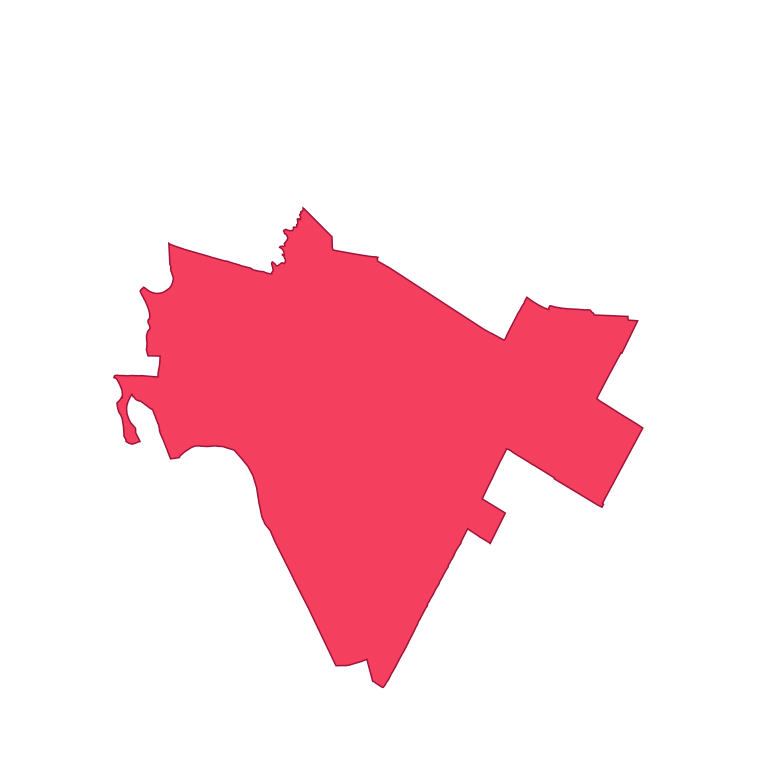 outline of Parscoveni, Olt, Romania, rotated 53°
{"feature_id": "2599482B95439392945311", "entity_name": "Parscoveni", "entity_type": "district", "adm_level": 2, "iso_a3": "ROU", "parent_name": "Romania", "parent_adm1": "Olt", "projection": "robinson", "projection_center": [24.206, 44.311], "detail": "fine", "context": "isolated", "style": "filled", "palette": "rose", "viewbox_px": 768, "rotation_deg": 53, "n_neighbors": 0, "source": "geoboundaries", "source_scale": "gbopen_adm2", "svg_char_len": 6170}
<svg xmlns="http://www.w3.org/2000/svg" viewBox="0 0 768 768"><g transform="rotate(53 384 384)"><path d="M613.6,284.1L612.2,281.0L610.9,281.4L607.6,274.6L574.9,203.8L568.3,206.1L550.1,213.3L532.0,220.0L528.2,221.6L523.6,222.8L513.2,201.0L501.7,176.0L502.6,175.6L486.2,143.4L484.1,145.7L480.0,150.5L477.8,149.3L476.9,148.5L469.3,157.7L466.0,161.6L458.3,171.1L455.4,174.6L453.9,174.2L453.1,174.3L451.5,174.8L450.9,174.9L449.5,174.7L449.1,174.9L448.5,175.4L447.8,176.1L445.9,178.7L441.5,183.7L434.3,192.3L430.7,196.1L425.6,201.0L423.3,202.7L421.5,204.2L421.4,204.7L421.7,205.4L422.6,206.6L423.6,207.6L421.4,209.1L419.7,210.2L413.6,213.2L407.3,215.7L400.7,217.7L401.2,218.7L401.5,219.6L402.7,222.0L403.6,223.2L405.4,228.0L407.0,231.2L407.7,233.2L408.0,234.1L408.3,234.8L409.3,236.6L412.8,244.0L416.7,252.1L418.7,256.0L421.0,260.2L421.2,261.6L418.6,263.0L409.4,267.1L407.5,268.2L405.3,269.2L399.7,271.6L294.8,309.6L283.0,314.7L281.8,315.0L281.4,314.9L279.6,313.6L279.2,312.6L278.4,313.2L273.8,318.3L264.2,327.6L252.8,338.2L246.4,344.0L244.0,343.2L236.8,338.1L234.7,336.8L234.4,337.1L196.3,342.3L194.7,342.7L195.2,343.1L195.7,343.1L196.5,344.4L196.6,345.7L196.4,346.6L196.7,347.2L197.8,347.5L197.9,347.8L197.8,348.9L197.9,349.2L198.3,349.6L198.9,349.8L200.5,350.0L201.2,351.1L202.0,351.3L202.2,351.7L202.2,352.2L201.8,352.4L201.2,352.5L200.1,353.5L200.1,353.8L200.3,354.2L200.8,354.5L201.4,354.4L202.1,355.1L203.2,355.7L204.2,356.7L204.2,357.8L204.3,358.0L205.5,358.6L205.8,358.9L205.9,359.2L205.8,360.2L204.7,361.1L204.5,361.4L204.4,361.8L204.5,362.1L204.6,362.4L205.3,362.7L206.0,363.4L206.3,364.1L206.3,365.0L206.1,365.2L205.5,365.7L205.1,366.8L202.5,368.8L201.6,369.2L201.4,369.4L201.2,370.1L201.1,371.5L201.2,372.0L201.4,372.1L202.4,372.2L203.5,372.7L204.0,372.8L204.5,372.8L205.4,372.3L206.8,372.2L208.9,372.7L209.9,373.2L210.1,373.4L210.2,374.2L210.6,374.4L210.7,374.7L211.4,377.4L211.9,379.2L213.5,379.7L214.0,380.5L214.0,380.9L213.8,381.3L212.6,382.3L212.0,383.6L211.8,384.1L211.9,385.1L212.6,385.0L214.0,384.2L214.5,384.1L216.8,384.2L217.6,384.3L219.6,385.1L220.9,385.9L221.1,386.2L220.8,386.7L219.5,387.0L219.3,387.2L219.7,387.5L220.5,387.5L221.3,387.0L221.7,387.0L223.5,387.6L225.6,388.0L226.6,388.8L227.6,390.4L227.7,391.2L227.6,391.5L226.2,392.0L225.8,392.7L225.6,393.4L225.7,396.7L225.5,398.0L224.8,398.7L224.2,398.9L222.4,398.8L220.8,399.3L219.5,399.5L219.4,400.2L219.9,401.0L220.4,401.4L225.2,403.4L226.4,404.1L226.7,404.5L227.1,405.3L227.5,406.8L228.4,407.3L227.8,408.4L224.5,411.1L221.4,412.9L219.9,414.8L218.7,416.0L215.5,418.6L214.7,419.5L213.8,419.9L211.6,420.6L210.9,421.0L204.9,425.9L203.8,426.9L202.2,427.7L193.8,433.9L192.1,434.8L190.0,437.0L187.3,439.1L178.6,445.8L177.7,446.3L157.0,461.9L148.5,467.7L145.8,469.4L144.3,470.4L142.2,471.2L159.6,483.0L160.4,483.2L161.7,483.4L164.0,485.3L165.4,486.1L166.8,486.4L171.3,488.0L173.1,488.8L175.8,491.9L177.3,494.3L177.6,495.1L178.2,497.0L178.3,497.8L178.3,502.0L177.7,506.1L176.6,508.4L174.9,511.0L173.9,512.1L172.5,513.3L170.6,514.6L168.5,515.7L163.0,517.3L162.1,517.7L162.1,518.0L162.2,519.0L162.5,521.3L162.6,521.8L163.0,522.7L163.7,523.1L167.5,523.8L170.0,524.1L171.8,524.5L175.1,525.0L177.1,525.5L182.8,527.1L185.6,528.3L186.9,529.0L188.9,530.3L190.3,531.7L190.9,532.7L191.0,533.2L190.9,533.8L191.5,534.5L193.1,535.5L196.6,536.2L198.5,537.2L198.8,537.6L199.3,538.8L199.6,540.7L200.1,541.5L202.7,544.8L205.5,546.8L207.9,548.1L208.9,548.8L211.5,551.0L212.7,552.3L213.7,553.2L218.9,555.3L219.5,555.5L219.7,555.4L221.1,553.4L227.0,546.0L231.9,550.1L234.3,552.4L239.4,557.9L242.4,560.3L231.5,572.5L231.0,573.1L230.5,574.1L225.3,580.5L222.9,584.2L221.1,586.2L217.8,590.4L216.0,592.4L215.7,593.0L215.3,593.9L215.4,594.4L216.3,595.9L217.9,594.8L219.4,594.4L220.4,594.6L225.1,595.3L230.8,596.9L231.7,597.3L234.5,598.9L237.3,601.3L236.6,601.6L237.3,602.9L237.7,604.2L238.0,605.2L238.2,607.4L238.5,608.7L239.8,609.5L242.4,610.9L246.0,612.4L248.7,612.9L250.2,612.9L252.2,613.4L254.0,613.9L260.8,617.5L267.7,621.9L268.8,622.9L269.9,623.2L271.7,623.3L272.6,623.5L274.1,624.1L274.6,624.6L277.0,623.7L279.6,622.1L280.4,621.4L281.1,619.8L281.6,618.3L282.3,615.6L282.8,614.0L283.1,613.5L281.0,613.0L274.2,611.8L273.5,611.6L272.7,611.1L270.4,609.4L269.8,609.2L269.0,609.1L262.3,609.6L259.9,609.2L257.1,608.5L253.2,607.2L249.5,604.9L247.6,603.4L246.2,602.0L244.1,599.1L241.8,594.8L240.5,591.5L241.3,591.4L242.5,591.9L243.3,592.0L244.2,591.5L246.3,591.6L247.7,591.2L250.0,590.0L251.1,588.7L264.0,585.0L264.6,584.3L265.6,584.2L266.8,584.7L279.0,588.2L280.1,588.4L281.0,588.7L286.0,591.0L285.9,591.3L288.6,592.3L295.0,593.8L304.9,596.5L315.3,599.5L316.6,597.3L319.5,591.9L318.6,589.7L318.4,586.9L318.2,583.3L318.8,575.9L319.9,572.1L321.8,569.4L327.1,563.4L329.4,560.0L331.4,556.6L333.9,554.0L336.7,550.6L346.7,543.4L357.8,542.6L367.9,542.2L378.4,543.8L390.1,548.1L403.9,555.5L416.4,561.4L424.1,563.3L432.8,563.1L444.5,566.0L475.6,571.6L489.9,574.4L517.8,579.3L580.1,591.9L584.9,585.2L585.7,584.4L587.5,581.1L590.0,574.3L590.9,572.2L592.3,568.0L593.6,563.4L614.7,572.0L615.3,571.3L618.1,570.5L621.6,569.3L624.6,568.2L625.8,567.3L625.7,566.6L625.1,564.4L624.1,562.3L622.8,558.3L620.0,552.8L618.7,549.6L618.1,548.1L617.1,545.8L614.3,539.9L613.0,537.3L607.2,524.3L605.8,521.7L605.5,520.9L604.2,518.5L600.7,511.1L597.8,505.6L596.0,501.7L594.4,499.4L593.4,496.6L592.3,494.6L588.0,485.3L587.7,483.9L587.0,482.5L586.3,482.1L585.3,480.5L584.8,478.6L583.8,476.9L581.6,471.3L580.6,469.6L580.3,468.8L578.6,465.4L577.2,461.5L576.7,460.3L575.1,457.9L573.1,453.0L572.5,452.0L570.1,446.7L569.5,445.3L569.1,443.6L568.5,442.8L568.1,442.1L567.4,441.6L567.0,440.8L566.5,439.2L565.4,437.2L564.4,434.2L563.9,433.4L563.2,431.6L562.3,430.4L562.0,429.6L561.4,428.7L560.6,427.0L559.0,423.1L558.0,420.1L557.9,419.4L557.5,418.6L556.0,416.5L549.9,404.2L551.1,404.0L554.0,403.0L561.7,400.2L563.6,399.7L573.5,395.6L575.3,395.2L560.1,364.8L534.9,374.7L527.6,360.8L527.3,359.9L526.3,358.3L524.7,354.7L519.9,345.9L519.0,343.9L516.0,338.3L514.6,335.1L510.5,326.8L509.4,325.0L513.8,322.7L514.9,322.6L517.6,321.7L532.1,315.9L537.1,314.1L539.1,313.1L561.0,304.6L562.2,305.1L608.2,286.6L613.6,284.1Z" fill="#f43f5e" stroke="#9f1239" stroke-width="1.5"/></g></svg>